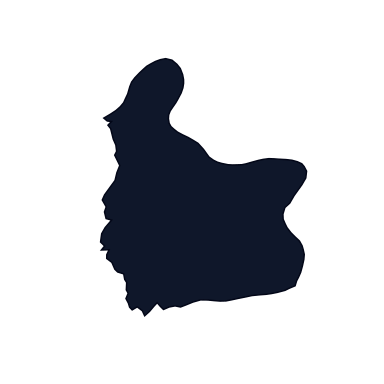 outline of Vicente Dutra, Rio Grande do Sul, Brazil, rotated 61°
{"feature_id": "56859067B48112165270880", "entity_name": "Vicente Dutra", "entity_type": "district", "adm_level": 2, "iso_a3": "BRA", "parent_name": "Brazil", "parent_adm1": "Rio Grande do Sul", "projection": "natural_earth1", "projection_center": [-53.396, -27.166], "detail": "fine", "context": "isolated", "style": "filled", "palette": "ink", "viewbox_px": 384, "rotation_deg": 61, "n_neighbors": 0, "source": "geoboundaries", "source_scale": "gbopen_adm2", "svg_char_len": 1957}
<svg xmlns="http://www.w3.org/2000/svg" viewBox="0 0 384 384"><g transform="rotate(61 192 192)"><path d="M249.1,111.9L244.7,104.6L241.6,98.1L238.9,92.4L234.9,85.7L229.3,81.7L224.1,81.6L220.5,82.3L216.6,85.2L212.7,89.2L209.4,93.8L205.2,100.5L202.9,104.0L200.1,108.6L198.0,113.9L196.6,118.5L195.1,124.6L193.6,131.1L192.3,135.2L190.2,139.3L188.0,143.5L185.6,147.3L181.4,152.2L178.3,155.3L174.7,157.8L169.7,160.2L165.6,160.7L160.3,161.3L152.3,163.2L147.5,165.9L142.5,168.9L137.2,172.7L132.5,175.7L128.1,177.5L124.6,178.7L120.8,178.7L116.4,177.1L113.2,175.0L110.5,171.8L108.4,167.7L106.1,163.0L104.0,159.5L100.1,153.5L96.5,149.5L92.9,146.7L89.6,144.9L84.8,143.3L78.3,142.4L73.0,143.3L67.0,145.6L62.6,150.4L60.9,155.6L60.1,160.7L60.0,166.2L60.1,170.6L61.1,175.0L62.4,180.1L64.4,186.6L66.6,191.5L69.7,195.3L75.1,200.7L78.1,204.9L80.8,208.5L82.7,213.5L83.9,219.1L84.4,225.7L84.6,233.3L88.8,231.7L91.3,228.2L92.8,233.1L97.1,232.4L107.5,235.2L114.0,235.8L119.9,238.2L122.3,241.7L126.0,241.9L133.8,242.3L138.7,248.3L144.6,253.7L152.1,269.8L155.5,274.3L163.4,274.2L167.0,278.2L173.6,280.0L177.6,275.9L181.0,285.1L184.7,291.2L191.4,296.2L196.9,294.6L198.8,299.3L202.3,292.5L205.5,296.9L208.8,298.8L214.7,296.2L222.2,296.9L225.9,295.8L230.5,291.4L235.8,293.2L239.5,293.0L245.8,296.9L249.6,296.9L253.2,301.4L258.4,301.5L262.5,302.4L266.1,301.5L265.9,295.6L271.8,293.0L277.3,293.4L275.8,287.0L273.4,280.7L271.9,276.1L276.8,275.1L280.9,273.9L281.5,267.7L283.4,262.0L287.0,257.8L287.8,252.0L288.7,244.5L290.5,236.8L294.1,230.5L297.7,225.3L301.0,220.3L303.7,215.1L305.4,209.9L307.3,203.6L308.6,199.5L310.0,195.1L311.6,189.8L314.8,182.4L317.3,177.0L319.3,171.8L321.1,166.2L323.1,158.3L323.3,153.8L324.0,147.3L320.4,143.6L318.1,140.1L314.9,135.9L310.2,131.3L305.2,126.9L301.0,124.1L296.3,122.7L292.4,121.8L287.0,121.8L280.7,123.8L275.3,125.3L269.2,126.2L265.0,126.0L260.0,125.5L255.4,123.2L250.6,118.3L249.1,111.9Z" fill="#0f172a" stroke="#020617" stroke-width="1.5"/></g></svg>